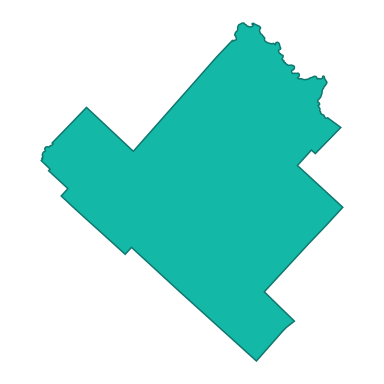 Pila, Buenos Aires, Argentina
{"feature_id": "61730980B41128044473522", "entity_name": "Pila", "entity_type": "district", "adm_level": 2, "iso_a3": "ARG", "parent_name": "Argentina", "parent_adm1": "Buenos Aires", "projection": "orthographic", "projection_center": [-58.263, -36.217], "detail": "fine", "context": "isolated", "style": "filled", "palette": "teal", "viewbox_px": 384, "rotation_deg": 0, "n_neighbors": 0, "source": "geoboundaries", "source_scale": "gbopen_adm2", "svg_char_len": 5571}
<svg xmlns="http://www.w3.org/2000/svg" viewBox="0 0 384 384"><path d="M333.1,217.8L338.6,211.9L342.8,207.3L297.4,165.5L311.4,150.1L315.3,153.6L340.8,127.5L329.3,119.0L327.8,117.8L327.5,118.0L326.9,118.1L325.9,118.2L325.5,118.0L325.3,117.9L324.9,117.4L324.4,116.3L324.1,115.7L323.9,115.4L323.5,115.1L323.0,114.7L322.2,114.6L322.0,114.4L321.7,114.0L321.3,113.8L321.0,113.7L320.6,113.5L320.6,113.1L320.6,112.9L320.7,112.5L320.7,112.2L320.2,111.3L319.8,111.0L319.7,110.7L319.7,110.1L319.9,109.6L320.0,109.2L319.9,108.6L319.4,107.6L318.9,107.0L318.6,106.7L318.3,106.4L318.2,106.1L318.2,105.5L318.3,105.2L318.5,105.1L318.9,105.1L319.4,104.9L319.5,104.7L319.6,103.8L319.4,103.4L319.0,102.7L318.7,102.5L318.1,102.3L317.8,101.9L317.7,101.3L317.8,100.7L318.0,100.4L318.2,99.9L318.5,99.5L319.0,99.1L319.7,98.4L320.2,97.7L320.5,97.4L320.9,96.3L321.2,95.8L321.3,95.2L321.5,94.6L322.0,93.2L322.0,92.8L322.1,91.6L322.2,91.2L322.2,90.4L322.3,90.1L322.6,89.5L322.7,89.3L323.1,88.8L323.4,88.5L323.6,88.1L323.8,87.4L324.1,86.8L324.5,86.3L325.3,85.4L325.6,85.0L326.0,84.3L326.3,83.9L326.6,83.5L326.8,82.8L326.9,82.4L326.7,81.7L326.2,81.2L325.9,80.6L325.6,80.2L325.2,79.4L324.7,78.8L324.6,78.6L324.5,78.3L324.5,77.6L324.4,77.2L324.1,76.5L323.8,76.2L323.5,76.1L323.4,76.1L322.8,76.3L322.7,76.4L322.5,77.4L322.3,78.1L322.1,78.4L321.9,78.6L321.6,78.8L321.4,78.8L321.2,78.8L320.7,78.8L320.0,78.9L319.5,78.8L318.9,78.5L318.6,78.6L318.3,78.7L317.9,78.9L317.6,79.0L317.4,78.9L317.1,78.7L316.9,78.5L316.8,77.5L316.7,77.3L316.5,77.0L315.8,76.5L315.0,76.3L314.5,76.3L313.9,76.4L313.1,76.8L312.3,77.4L310.7,77.7L310.0,78.0L309.1,78.7L308.6,78.9L307.3,79.2L306.2,79.5L304.8,79.7L303.6,79.5L303.1,79.4L302.7,79.2L302.2,79.0L301.0,78.7L300.6,78.7L299.6,78.7L299.2,78.8L298.9,78.8L298.5,78.7L298.1,78.5L297.9,78.3L297.7,78.0L297.7,77.6L297.8,77.3L298.0,77.2L298.8,76.8L299.0,76.6L299.1,76.1L299.3,74.9L299.3,74.5L299.2,74.2L299.0,73.9L298.8,73.7L298.3,73.3L297.9,73.1L297.2,73.2L296.7,73.4L296.5,73.5L295.9,73.5L295.3,73.3L294.9,73.3L294.5,73.2L293.6,73.3L293.2,73.5L292.9,73.5L292.6,73.4L292.4,73.2L292.1,72.9L291.8,72.5L291.7,72.1L291.6,71.6L291.6,71.2L291.7,70.7L291.8,70.4L291.9,70.2L292.1,70.1L292.8,70.0L293.2,69.9L293.5,69.5L294.2,68.9L294.3,68.6L294.3,67.8L294.4,67.3L294.5,67.0L294.2,66.5L294.0,66.2L293.5,65.8L293.2,65.6L291.4,65.1L290.9,65.1L288.5,65.4L288.1,65.2L287.3,64.6L286.8,64.3L286.4,64.1L285.7,63.6L285.5,63.3L285.3,62.8L285.1,62.6L284.9,62.5L284.6,62.5L284.1,62.4L283.8,62.1L283.7,61.8L283.7,61.5L283.9,61.3L284.0,61.0L283.8,60.7L283.5,60.3L283.2,60.2L282.7,60.0L282.5,59.9L282.3,59.7L282.2,59.5L282.2,59.1L282.2,58.7L282.3,58.3L282.8,57.6L283.1,56.6L283.1,56.1L283.1,55.7L282.8,55.3L282.4,55.1L281.6,54.9L281.1,54.4L280.4,53.7L279.9,53.4L279.5,53.1L279.2,52.7L278.9,52.2L278.7,51.5L278.6,51.1L278.5,50.8L278.6,50.4L279.0,50.0L279.3,49.7L279.7,49.5L280.1,49.4L280.4,49.2L280.6,48.9L280.6,48.6L280.6,48.1L280.5,47.7L280.1,46.9L279.9,46.3L279.6,45.1L279.2,43.6L279.0,43.3L278.3,42.7L278.0,42.4L277.5,42.3L276.6,42.4L276.2,42.6L275.8,42.9L275.7,43.4L275.7,44.1L275.7,44.3L275.6,44.5L275.4,44.7L275.1,44.6L274.8,44.4L274.0,43.7L273.5,43.4L273.0,43.4L272.6,43.6L272.3,43.7L272.0,43.8L271.7,43.8L271.2,43.7L270.6,43.6L269.6,43.3L269.1,43.2L268.3,43.0L266.8,42.3L266.4,42.1L265.8,41.6L265.2,41.1L264.7,40.7L264.5,40.0L264.4,39.4L264.5,39.1L264.7,38.4L264.7,38.1L264.6,37.8L263.4,36.6L262.8,35.7L261.6,34.3L261.0,34.1L260.8,33.8L260.2,32.7L260.0,32.3L259.9,31.9L259.7,31.6L259.6,31.4L259.6,31.1L259.6,29.7L259.7,29.3L260.4,28.5L260.6,28.1L260.5,27.8L260.3,27.3L260.0,27.0L259.8,26.7L259.6,26.5L259.4,26.5L259.3,26.3L259.1,26.1L258.6,25.9L258.3,25.8L258.1,25.7L257.6,25.6L257.5,25.4L257.4,25.4L256.6,25.1L255.8,24.5L255.5,24.4L254.8,24.3L254.4,24.2L254.2,23.8L253.9,23.5L253.4,23.3L252.8,23.4L252.5,23.4L252.1,23.7L252.0,23.9L252.0,24.1L252.2,24.3L252.4,24.5L252.8,24.8L253.1,25.3L253.2,25.5L252.6,26.1L252.2,26.4L251.5,26.7L251.2,26.8L250.1,26.9L249.3,26.9L248.9,26.8L248.6,26.6L248.2,26.3L247.8,26.3L247.4,26.3L247.0,26.0L246.7,25.5L245.9,24.7L245.3,24.4L244.9,24.3L244.7,24.1L244.2,23.3L243.9,23.1L243.7,23.1L242.5,23.0L242.1,23.1L241.8,23.2L241.1,23.6L240.6,24.0L239.9,24.3L239.1,24.6L238.8,24.8L238.7,24.9L238.4,25.6L238.0,26.3L237.7,27.2L237.6,27.6L237.6,27.8L237.8,28.9L237.8,29.1L237.4,30.3L237.1,30.9L236.8,31.3L236.6,31.5L236.1,31.8L235.9,32.0L235.5,32.5L235.4,32.8L235.2,33.5L235.1,33.8L234.8,34.4L234.7,34.7L234.8,34.9L234.9,35.4L235.3,35.8L235.7,36.3L235.8,36.5L235.9,37.2L236.0,37.6L236.2,37.9L236.3,38.2L236.4,38.6L236.4,39.0L236.3,39.4L236.0,39.8L235.7,40.0L235.4,40.2L234.5,40.3L234.2,40.3L234.1,40.5L233.4,41.0L233.2,41.2L232.9,41.2L232.7,41.0L232.3,40.5L216.4,57.2L189.2,88.1L179.0,99.6L155.5,126.2L133.3,151.3L86.5,107.4L72.6,121.9L72.1,122.4L52.1,143.0L53.0,143.9L52.5,144.5L52.1,145.1L52.0,145.3L50.9,145.5L50.4,145.7L50.1,146.1L49.5,146.5L49.2,146.8L48.4,147.2L48.2,147.2L47.9,146.9L47.7,146.8L46.8,146.8L46.4,146.9L45.8,147.2L45.5,147.3L45.1,147.9L44.8,148.7L44.7,148.8L44.8,149.2L45.3,150.0L45.2,150.7L45.1,151.2L45.0,151.4L44.9,151.5L44.1,151.7L43.9,151.9L43.5,152.1L43.0,152.8L42.8,153.2L42.7,153.5L42.6,154.0L42.4,154.4L42.3,155.3L42.5,155.7L42.8,156.4L42.9,156.7L43.0,156.8L42.9,157.1L42.2,157.7L41.9,158.1L42.3,158.3L42.6,158.6L42.7,158.8L42.2,159.4L41.8,159.7L41.7,159.8L41.2,160.6L50.1,169.1L48.6,170.7L67.9,188.6L61.2,196.0L72.4,206.5L85.6,218.5L97.4,229.1L125.2,254.3L131.5,247.4L179.7,291.7L256.4,361.0L283.1,330.7L286.4,327.4L294.4,321.1L279.4,306.6L264.3,291.8L308.5,243.9L328.4,223.0L333.1,217.8Z" fill="#14b8a6" stroke="#0f766e" stroke-width="1.5"/></svg>